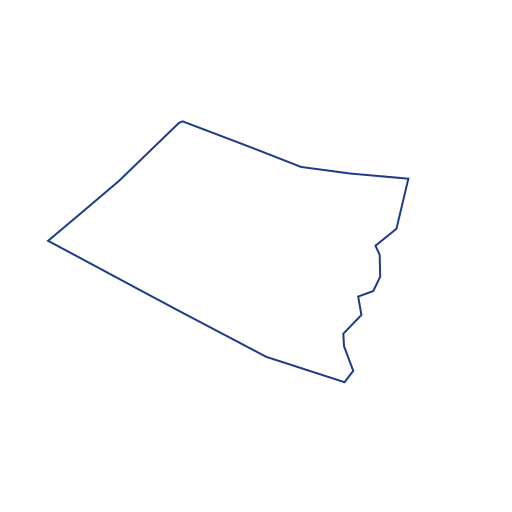 the district of Clay, West Virginia, United States of America, rotated 59°
{"feature_id": "52423323B8286082646213", "entity_name": "Clay", "entity_type": "district", "adm_level": 2, "iso_a3": "USA", "parent_name": "United States of America", "parent_adm1": "West Virginia", "projection": "albers", "projection_center": [-81.025, 38.466], "detail": "fine", "context": "isolated", "style": "outline", "palette": "blue", "viewbox_px": 512, "rotation_deg": 59, "n_neighbors": 0, "source": "geoboundaries", "source_scale": "gbopen_adm2", "svg_char_len": 452}
<svg xmlns="http://www.w3.org/2000/svg" viewBox="0 0 512 512"><g transform="rotate(59 256 256)"><path d="M367.6,221.2L360.8,196.0L343.4,189.3L346.4,173.5L337.7,160.2L318.7,149.4L308.7,148.3L305.0,121.6L268.2,85.6L233.9,132.7L202.9,171.5L161.0,203.8L102.8,249.6L102.2,253.4L121.0,334.5L129.1,383.9L135.9,426.4L223.8,374.0L261.4,351.5L347.8,299.1L409.8,245.1L404.5,231.8L378.6,227.0L367.6,221.2Z" fill="none" stroke="#1e3a8a" stroke-width="2"/></g></svg>